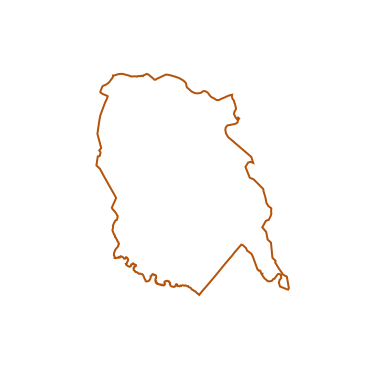 Yagha, Yagha, Burkina Faso (Mercator projection), rotated 40°
{"feature_id": "67063806B32901667163906", "entity_name": "Yagha", "entity_type": "district", "adm_level": 2, "iso_a3": "BFA", "parent_name": "Burkina Faso", "parent_adm1": "Yagha", "projection": "mercator", "projection_center": [0.619, 13.408], "detail": "fine", "context": "isolated", "style": "outline", "palette": "amber", "viewbox_px": 384, "rotation_deg": 40, "n_neighbors": 0, "source": "geoboundaries", "source_scale": "gbopen_adm2", "svg_char_len": 6043}
<svg xmlns="http://www.w3.org/2000/svg" viewBox="0 0 384 384"><g transform="rotate(40 192 192)"><path d="M175.1,292.3L175.6,292.0L176.7,291.0L176.9,290.4L177.7,289.9L177.9,289.4L177.7,289.1L177.8,288.7L178.0,288.7L178.4,288.8L178.8,288.7L178.8,288.3L178.6,287.5L178.7,287.0L179.4,286.7L180.2,286.6L180.7,286.4L181.2,286.4L182.1,286.4L182.7,286.7L183.3,286.4L183.8,285.9L183.8,285.5L183.5,285.3L183.4,284.3L183.8,284.1L185.0,284.1L185.3,284.3L186.4,284.6L186.9,285.3L187.0,285.8L187.4,286.8L187.4,287.2L187.4,287.6L187.8,288.2L187.9,288.9L187.6,289.4L188.0,289.5L188.2,290.0L188.5,290.1L191.2,289.8L191.9,289.4L192.3,289.3L192.3,288.9L192.7,288.5L192.8,287.9L192.8,287.5L192.3,287.1L192.0,286.6L192.7,285.3L192.7,284.8L192.8,284.5L193.6,284.8L194.0,284.5L194.4,284.7L195.6,283.9L196.0,284.0L196.5,284.5L196.4,284.8L196.5,285.3L196.2,285.5L195.9,286.9L196.1,287.0L196.0,287.5L196.1,287.8L196.7,288.1L196.8,288.6L197.1,288.9L197.5,289.3L198.7,289.3L199.1,289.2L199.5,289.5L199.8,289.5L200.6,289.4L200.8,289.1L201.8,288.8L202.4,288.9L203.3,288.6L203.6,288.8L204.0,288.7L204.8,287.8L206.0,287.4L206.6,287.0L207.2,287.0L207.7,287.0L208.6,287.4L209.8,288.0L210.3,288.2L210.9,288.7L211.9,289.1L212.5,289.2L213.0,289.4L213.6,290.0L214.5,289.9L214.9,289.6L215.1,289.2L215.6,288.6L215.9,288.0L216.2,287.1L215.9,286.3L215.9,285.3L215.2,284.0L214.8,283.3L214.5,283.1L214.8,282.7L214.7,281.5L214.5,280.7L214.8,279.9L216.2,279.7L216.6,280.0L217.1,279.3L217.5,279.1L218.0,279.2L218.7,279.5L218.8,279.7L219.6,280.8L219.9,281.2L219.7,281.6L219.8,282.1L220.6,282.8L220.7,283.2L221.3,283.7L221.5,283.5L221.7,284.0L222.1,284.3L222.6,284.2L222.7,284.7L223.0,284.7L223.5,284.2L223.9,284.8L224.4,284.8L224.7,284.6L225.1,284.5L225.4,284.3L225.5,283.9L226.3,283.9L226.6,283.8L226.7,283.6L227.3,283.1L227.8,283.2L228.5,283.1L228.8,282.8L228.4,282.5L228.5,282.3L228.8,282.2L229.5,282.2L229.8,281.9L230.3,281.9L230.6,281.3L230.7,280.4L230.2,279.6L229.8,279.6L229.3,279.5L228.6,278.3L228.7,277.9L229.0,277.4L229.3,277.3L229.5,277.1L229.5,276.6L229.8,276.1L231.3,275.5L231.6,275.3L232.0,275.3L232.4,275.8L233.3,275.6L233.7,275.9L234.1,276.1L234.2,276.8L234.7,276.9L235.3,277.4L236.0,277.5L236.7,277.5L237.4,277.3L238.1,276.8L239.1,276.5L239.7,275.3L239.5,274.5L239.1,273.1L239.2,272.8L239.4,272.5L240.1,272.5L240.6,273.3L240.9,273.4L241.3,273.4L241.6,272.8L243.0,272.4L243.2,272.1L243.2,271.2L244.1,271.0L244.1,270.5L244.6,269.6L245.5,269.2L246.2,268.6L246.5,268.6L247.0,267.7L248.0,267.5L248.8,267.2L249.1,267.0L249.2,266.8L249.4,266.6L250.0,266.9L250.5,267.0L251.4,266.6L252.6,266.3L253.2,266.5L255.3,266.7L256.3,266.3L256.7,266.3L256.9,266.4L257.9,266.2L258.9,265.9L259.2,265.9L260.2,266.3L260.5,266.2L261.5,266.2L262.5,265.9L262.6,266.2L262.8,266.2L263.7,266.2L263.5,260.7L263.7,254.9L263.7,239.1L263.5,225.5L263.6,213.7L263.4,211.4L263.6,200.6L265.2,200.0L269.6,200.3L271.8,201.5L277.2,201.1L279.8,202.2L292.1,209.3L292.9,209.0L293.7,209.4L294.9,208.4L297.4,209.9L298.4,209.3L298.9,210.4L303.0,211.6L305.2,211.5L306.9,211.7L308.6,210.9L310.3,208.7L310.2,206.2L310.9,205.5L310.5,199.9L311.0,199.0L312.7,198.3L314.0,198.8L315.7,200.7L315.6,202.9L316.7,205.5L320.1,207.8L327.6,205.4L328.4,204.9L328.0,203.4L319.1,195.9L314.8,196.8L313.2,196.2L308.1,194.9L301.0,192.5L300.2,191.0L295.9,190.7L285.0,180.0L280.5,179.8L274.5,174.9L268.6,173.9L267.1,166.6L268.7,163.9L267.7,159.9L266.8,157.7L265.0,155.9L263.2,153.5L259.6,153.7L256.2,152.6L251.6,148.9L246.0,145.2L244.7,143.9L231.2,142.7L227.0,143.9L216.8,138.4L216.1,133.4L217.4,131.3L220.2,130.4L214.8,127.0L184.3,126.7L180.6,125.4L177.6,123.0L176.4,120.9L176.3,118.3L181.1,112.4L182.1,110.3L182.0,108.9L180.7,107.4L181.0,106.9L180.9,105.4L179.4,105.4L179.3,107.2L176.9,106.7L174.0,105.2L173.0,103.5L172.4,100.2L171.5,99.3L168.4,97.0L166.4,95.9L165.5,95.1L163.1,94.5L160.9,93.0L160.2,91.7L158.9,93.4L157.5,95.8L156.1,98.9L154.6,101.6L153.9,103.4L153.5,104.1L152.7,105.0L151.9,105.6L150.6,106.0L148.7,106.1L146.0,106.8L144.8,106.8L143.4,106.6L141.7,106.1L140.1,105.8L138.4,106.0L137.1,106.4L136.1,107.2L135.7,107.8L135.4,108.5L135.3,109.6L135.1,110.1L134.5,111.1L132.8,112.9L130.7,114.4L127.1,115.3L122.4,115.1L121.5,115.2L120.7,115.0L119.9,114.5L118.8,113.7L117.9,112.8L116.9,112.4L115.7,112.2L114.3,112.2L112.6,112.3L108.9,113.0L104.1,114.8L98.6,117.4L97.1,118.4L96.7,118.8L96.2,119.5L93.8,124.7L92.8,126.8L92.2,128.1L91.9,129.4L91.6,129.7L91.0,130.1L88.6,130.0L83.9,130.0L82.6,130.2L81.9,130.5L81.4,130.6L81.0,131.3L80.7,132.4L79.9,133.7L79.6,134.6L79.8,134.8L79.3,135.2L78.4,135.6L78.1,135.9L78.0,136.3L77.7,136.7L76.6,137.4L76.1,138.1L75.9,138.5L75.8,138.8L75.7,139.0L75.3,139.1L74.5,139.5L73.5,140.6L72.8,141.1L72.0,141.8L71.5,142.4L71.0,142.7L70.4,142.8L68.2,143.6L65.4,145.0L63.7,145.7L62.2,146.7L60.8,148.0L59.6,149.4L57.7,152.5L56.6,153.5L57.2,154.0L57.4,154.4L57.5,155.0L57.7,155.8L57.7,157.0L58.0,161.2L57.8,162.6L57.0,165.4L55.7,167.7L55.6,168.9L55.9,170.1L56.3,171.0L56.7,172.5L57.3,173.9L57.6,174.5L58.3,174.6L59.6,174.4L60.8,174.3L64.3,173.1L65.9,172.8L66.9,175.3L67.9,179.3L71.6,189.7L72.8,192.8L76.1,198.5L81.4,207.0L81.9,207.9L82.5,208.5L94.1,216.6L94.3,217.7L94.2,219.3L94.2,219.8L94.5,219.9L95.9,220.2L96.5,220.5L96.9,221.2L98.1,223.6L98.1,223.9L98.0,224.1L97.7,224.4L97.0,225.1L97.0,225.4L101.7,233.1L106.5,233.4L117.2,237.6L137.5,245.2L137.8,245.6L140.7,255.6L142.6,256.3L145.5,256.6L148.5,257.4L149.8,258.1L150.1,258.0L150.5,258.2L150.7,258.4L150.9,258.7L151.1,259.0L151.6,260.1L152.4,261.6L151.8,262.7L151.6,263.4L152.0,264.0L152.1,264.6L152.0,265.4L152.7,267.4L153.0,268.6L153.5,268.9L154.4,270.0L155.6,272.4L156.2,272.7L156.4,272.9L156.7,273.2L157.7,273.5L158.4,274.1L160.0,274.8L160.4,274.7L161.2,275.1L161.5,275.5L162.0,275.7L162.1,276.0L162.9,276.0L164.0,276.4L164.4,276.6L165.2,276.8L166.1,277.4L166.5,277.5L166.9,277.7L168.0,277.8L168.5,278.3L169.5,278.8L169.6,279.3L169.7,280.3L170.3,280.9L170.3,281.1L170.4,282.4L170.2,284.2L170.7,286.9L171.1,287.4L171.4,288.6L172.2,289.8L172.9,290.7L174.2,291.1L174.4,291.5L174.9,291.9L175.1,292.3Z" fill="none" stroke="#b45309" stroke-width="2"/></g></svg>